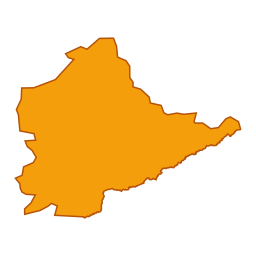 Jeti-Oguz, Ysyk-Köl, Kyrgyzstan
{"feature_id": "92254566B8733465494202", "entity_name": "Jeti-Oguz", "entity_type": "district", "adm_level": 2, "iso_a3": "KGZ", "parent_name": "Kyrgyzstan", "parent_adm1": "Ysyk-Köl", "projection": "natural_earth1", "projection_center": [78.776, 41.857], "detail": "fine", "context": "isolated", "style": "filled", "palette": "amber", "viewbox_px": 256, "rotation_deg": 0, "n_neighbors": 0, "source": "geoboundaries", "source_scale": "gbopen_adm2", "svg_char_len": 5801}
<svg xmlns="http://www.w3.org/2000/svg" viewBox="0 0 256 256"><path d="M82.9,216.8L83.1,216.7L83.7,216.9L84.0,217.6L84.3,217.6L84.5,217.8L85.3,217.6L85.5,217.2L86.2,217.1L87.0,216.4L87.6,216.4L87.8,216.2L88.2,216.5L88.6,216.6L88.9,216.4L89.1,216.4L89.7,216.3L89.8,216.2L90.1,215.5L90.3,215.4L90.2,215.2L90.5,215.1L91.3,215.2L91.7,215.0L91.9,214.7L92.3,214.6L92.5,214.4L92.7,214.5L92.9,214.4L92.8,213.9L93.2,213.5L94.1,213.7L94.2,213.9L94.8,213.3L95.3,213.1L95.5,212.8L96.0,212.9L96.1,212.6L96.3,212.5L96.5,212.8L96.8,212.6L97.0,212.0L97.9,211.9L98.5,212.3L99.3,211.7L100.2,211.7L100.4,211.6L100.9,210.6L101.2,210.2L101.1,209.8L101.2,209.5L101.5,209.3L101.5,208.7L101.3,208.5L101.4,207.2L101.2,206.8L101.5,206.0L101.4,205.0L101.4,204.2L101.6,203.9L102.1,203.7L102.1,203.2L102.2,202.7L102.0,202.3L102.1,201.0L101.9,200.4L103.0,199.2L103.1,198.9L103.1,198.1L103.5,197.8L103.5,197.4L103.9,197.1L104.1,196.7L103.9,195.4L103.8,195.2L103.3,194.3L103.2,193.8L102.9,193.2L103.4,192.6L103.8,192.1L103.8,191.6L104.0,191.1L105.5,190.4L106.0,190.4L107.2,189.6L108.1,189.6L108.5,189.4L109.4,189.4L109.8,189.2L110.5,189.2L111.5,188.6L112.7,188.7L113.2,189.1L113.4,189.5L114.6,189.8L114.9,189.8L115.3,189.7L116.9,190.3L117.6,189.9L118.1,189.8L118.4,190.1L119.3,190.5L119.5,190.5L120.1,190.1L120.7,190.5L120.9,191.0L121.4,191.3L122.3,190.2L122.6,190.0L122.7,189.7L123.0,189.4L123.7,189.4L124.4,189.8L124.8,189.9L125.1,189.9L125.7,189.6L126.0,189.8L126.5,189.9L127.4,189.7L127.9,189.8L128.3,189.5L128.9,188.7L128.9,188.2L128.7,187.6L129.2,187.1L130.0,186.9L130.3,187.5L130.6,187.5L132.3,186.6L132.6,186.8L132.9,187.0L133.6,186.5L133.9,186.4L134.5,186.6L134.7,186.9L135.1,187.0L135.6,186.6L135.8,186.6L136.4,186.1L136.8,186.1L136.9,185.9L137.2,185.9L137.3,185.6L138.1,185.3L138.3,185.1L139.1,185.0L139.8,184.6L140.6,184.4L141.1,184.4L141.2,184.2L141.3,183.9L141.8,183.4L142.1,183.5L142.5,183.3L143.1,183.5L143.5,183.4L143.9,183.0L143.7,182.6L143.9,182.0L144.0,181.8L143.9,181.6L144.3,181.5L144.4,181.1L144.6,180.7L145.1,180.3L145.3,179.9L146.1,179.4L146.1,179.1L146.4,178.6L147.1,178.5L147.1,178.2L147.6,178.0L148.2,177.9L148.9,178.0L148.9,178.5L149.1,178.9L149.1,179.2L149.4,179.5L150.2,179.5L150.9,179.7L151.1,179.6L151.8,179.5L152.0,179.1L152.9,178.9L153.1,178.5L154.0,178.8L154.3,179.2L155.3,179.3L155.8,179.6L155.8,179.4L156.3,179.0L156.1,178.4L156.2,178.2L156.9,177.8L157.0,177.2L157.2,176.8L157.3,176.7L157.1,176.7L157.2,176.4L157.7,175.8L157.7,175.5L158.5,175.0L158.9,174.5L159.4,174.1L160.0,174.0L160.8,174.0L160.9,173.5L161.0,173.3L162.0,172.6L161.8,172.3L161.0,172.1L160.8,171.7L160.6,171.5L160.5,171.4L160.8,170.6L161.2,170.2L161.6,170.1L161.8,169.4L162.5,168.9L163.0,168.4L163.5,168.6L164.2,168.1L164.8,168.1L165.6,168.6L165.9,168.4L166.3,168.4L166.5,168.3L166.7,167.9L166.8,167.9L167.5,167.9L167.9,167.7L168.0,167.8L169.1,167.6L169.5,167.7L169.8,167.3L170.8,167.2L171.3,166.9L171.7,167.4L172.0,167.6L172.5,167.4L173.8,167.6L174.0,167.2L174.6,166.7L174.7,165.9L175.0,165.8L176.0,165.8L176.5,165.0L177.4,165.0L177.7,164.8L177.8,164.7L177.8,164.0L177.7,163.9L177.7,163.5L178.1,162.8L178.7,162.5L178.9,162.5L179.7,162.8L180.1,163.1L180.2,162.9L180.4,162.8L181.2,162.7L181.4,162.1L181.2,161.5L181.4,161.1L181.8,160.7L181.9,160.8L182.5,160.5L183.5,160.4L183.9,159.7L184.3,159.2L185.1,159.0L185.0,158.8L184.8,158.6L184.7,158.2L184.9,157.8L185.9,157.7L185.9,157.4L186.0,157.3L185.9,157.1L185.8,156.5L186.0,156.5L186.6,156.8L187.0,156.5L187.2,156.1L188.2,156.1L188.3,155.9L188.4,155.5L188.7,155.5L188.9,155.4L189.1,155.3L189.5,155.4L190.0,154.8L190.9,154.7L191.6,154.1L192.2,153.8L192.3,153.6L193.1,154.0L193.1,154.4L193.2,154.5L193.9,154.5L194.1,154.3L194.3,154.3L195.2,154.5L195.4,154.3L195.7,154.2L195.5,153.3L195.5,153.0L196.0,153.2L196.5,152.7L196.2,152.1L196.5,151.5L197.3,151.6L197.8,151.4L198.0,151.5L198.2,151.1L198.4,150.9L198.7,150.8L199.2,150.9L199.5,150.2L199.8,150.3L200.5,150.3L201.0,150.1L201.5,150.2L202.1,150.2L202.3,150.0L202.5,149.9L202.7,149.4L203.2,149.2L203.4,148.8L203.6,148.7L203.8,148.8L204.0,148.7L204.7,148.6L204.8,148.5L205.1,148.4L205.5,148.0L205.6,147.6L205.8,147.4L205.8,147.1L205.9,146.8L206.4,146.5L206.3,146.1L206.5,145.7L207.4,145.7L207.9,145.9L208.4,146.0L209.1,145.7L209.3,145.7L210.5,145.4L210.6,145.0L211.0,144.9L211.7,144.9L212.1,145.2L212.6,145.1L212.9,145.4L212.9,145.6L213.1,145.6L214.7,145.6L216.3,145.3L216.6,144.6L217.1,144.5L217.6,144.0L217.7,143.6L217.5,143.3L218.0,143.0L219.0,142.9L219.7,142.8L220.0,142.3L219.6,141.4L219.6,141.2L220.5,140.7L220.8,140.8L221.6,140.4L221.8,140.4L222.3,140.0L222.3,139.4L222.1,139.2L222.0,138.9L222.4,139.0L222.7,138.9L222.8,138.8L223.4,138.4L224.4,136.8L225.4,136.4L225.5,136.2L226.0,136.1L226.3,135.3L227.0,135.0L227.2,134.7L227.2,134.3L227.5,134.0L228.7,134.6L229.0,135.0L229.1,135.3L229.6,135.6L230.0,136.3L230.6,136.3L230.8,136.2L231.0,135.9L231.1,135.4L231.5,135.2L231.8,134.9L232.1,134.8L232.2,134.4L233.2,133.9L233.6,133.7L234.0,133.4L234.2,133.0L234.8,132.2L234.7,131.7L235.3,131.5L236.3,130.5L236.4,130.2L236.7,130.0L238.5,129.8L239.4,129.8L240.4,129.6L240.6,129.3L238.5,121.7L230.3,116.9L225.9,118.8L218.4,127.6L210.7,128.7L202.7,123.1L195.3,123.1L194.0,121.9L196.3,113.0L183.8,114.3L176.9,113.1L167.7,114.8L163.9,112.8L161.1,105.4L150.3,103.0L149.2,97.1L140.6,89.2L132.9,86.8L133.1,82.4L129.8,77.6L129.7,66.2L126.0,60.7L117.6,57.1L116.5,46.1L113.5,38.2L99.5,38.4L87.0,49.2L80.8,46.7L65.6,53.7L68.3,57.6L73.8,59.4L55.4,79.6L33.8,87.8L21.7,88.0L21.2,99.3L16.4,109.5L18.4,114.8L19.9,130.9L33.9,133.6L35.7,140.2L25.1,140.9L27.3,146.6L32.1,150.4L35.1,155.5L36.3,157.2L33.3,162.6L23.6,166.9L22.1,175.3L15.4,178.2L19.8,183.7L20.3,188.4L22.0,192.1L26.1,194.3L35.3,194.9L31.0,202.9L24.6,208.9L24.7,214.3L40.0,210.5L47.9,206.3L51.4,203.4L57.3,205.9L54.7,215.3L82.9,216.8Z" fill="#f59e0b" stroke="#b45309" stroke-width="1.5"/></svg>